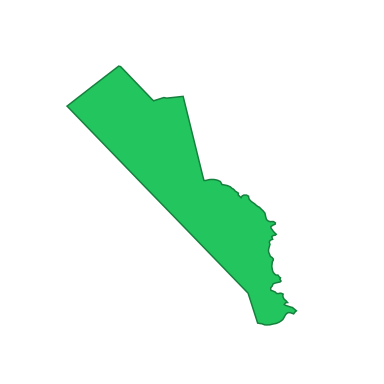 outline of Vale do Paraíso, Rondônia, Brazil, rotated 122°
{"feature_id": "56859067B34795168370619", "entity_name": "Vale do Paraíso", "entity_type": "district", "adm_level": 2, "iso_a3": "BRA", "parent_name": "Brazil", "parent_adm1": "Rondônia", "projection": "natural_earth1", "projection_center": [-62.069, -10.363], "detail": "fine", "context": "isolated", "style": "filled", "palette": "green", "viewbox_px": 384, "rotation_deg": 122, "n_neighbors": 0, "source": "geoboundaries", "source_scale": "gbopen_adm2", "svg_char_len": 1766}
<svg xmlns="http://www.w3.org/2000/svg" viewBox="0 0 384 384"><g transform="rotate(122 192 192)"><path d="M115.6,250.2L125.8,263.2L126.8,265.9L135.0,272.9L134.7,274.7L123.5,319.0L124.1,320.9L138.9,326.4L146.8,329.3L154.5,332.2L169.3,337.6L185.4,343.5L212.1,236.2L222.4,194.3L248.1,90.8L266.9,68.6L268.4,66.9L267.4,64.4L266.7,62.9L266.2,60.1L265.1,58.1L263.2,55.4L261.4,53.7L258.7,50.8L256.2,49.1L253.9,48.0L252.0,47.4L250.4,47.4L247.3,47.6L245.1,47.4L243.3,46.5L242.2,44.5L241.5,41.2L239.5,41.1L237.4,40.5L237.1,43.0L236.7,45.6L237.2,47.1L238.6,52.8L238.4,54.2L236.3,53.9L235.1,52.4L234.3,55.0L234.1,57.0L232.9,59.0L231.7,60.1L230.3,60.6L230.5,62.3L231.1,63.7L232.4,64.9L233.2,66.6L232.7,68.3L233.0,70.7L233.6,73.0L231.6,74.5L229.6,74.1L226.9,74.5L224.8,72.9L221.6,69.6L220.3,69.3L219.4,71.3L217.9,71.4L217.8,72.9L216.9,75.1L217.9,76.7L217.7,78.7L217.1,80.4L216.3,81.7L213.7,84.1L212.6,85.0L211.1,85.7L208.6,86.9L207.0,86.9L205.7,87.5L205.1,89.4L205.1,91.4L203.6,93.4L202.2,95.3L200.4,96.5L198.0,97.3L195.1,98.1L193.6,99.9L192.0,100.1L190.7,99.6L189.4,98.5L187.6,100.7L185.9,100.1L184.5,98.5L183.2,98.1L182.9,99.7L182.4,101.8L180.8,105.7L179.6,106.8L177.1,105.7L175.2,104.4L174.0,104.9L173.9,107.2L174.7,108.6L175.6,109.8L176.2,111.8L175.9,114.2L173.9,116.4L171.3,118.9L170.4,121.4L169.9,123.9L169.2,126.8L169.4,128.5L169.2,130.6L168.8,132.6L168.7,135.8L168.5,137.3L167.9,139.4L167.1,140.6L165.6,141.8L165.7,144.1L167.1,146.4L168.8,147.4L170.8,147.4L170.3,149.8L170.1,151.2L168.4,152.1L168.3,155.8L167.6,158.2L167.7,160.3L167.3,162.0L167.8,165.4L168.7,167.9L169.8,170.5L168.8,172.2L168.1,173.5L168.4,176.2L169.0,178.1L169.7,179.9L171.0,182.1L172.3,183.9L175.0,186.5L175.9,188.0L171.8,192.3L115.6,250.2Z" fill="#22c55e" stroke="#15803d" stroke-width="1.5"/></g></svg>